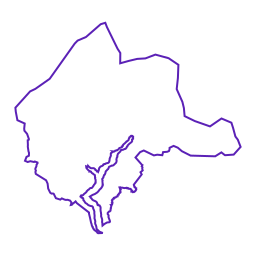 the district of Luster nor, Sogn og Fjordane, Norway
{"feature_id": "86288312B33434910544397", "entity_name": "Luster nor", "entity_type": "district", "adm_level": 2, "iso_a3": "NOR", "parent_name": "Norway", "parent_adm1": "Sogn og Fjordane", "projection": "albers", "projection_center": [7.392, 61.52], "detail": "fine", "context": "isolated", "style": "outline", "palette": "violet", "viewbox_px": 256, "rotation_deg": 0, "n_neighbors": 0, "source": "geoboundaries", "source_scale": "gbopen_adm2", "svg_char_len": 5804}
<svg xmlns="http://www.w3.org/2000/svg" viewBox="0 0 256 256"><path d="M102.8,233.0L99.5,231.7L96.7,229.0L96.5,228.6L96.4,227.1L95.9,225.2L95.4,224.4L95.1,222.9L95.3,221.7L95.1,220.3L94.5,218.4L94.6,215.6L94.3,213.1L94.4,211.8L94.0,210.3L93.2,208.6L93.0,207.2L92.2,206.3L90.3,205.9L88.3,205.1L86.9,203.8L85.7,203.1L85.3,202.8L84.2,201.0L83.4,200.2L83.4,199.2L83.1,198.2L82.8,198.0L82.3,198.1L81.6,197.2L81.2,197.3L81.0,197.0L81.1,196.9L81.1,196.7L80.5,196.5L80.6,196.2L81.1,195.4L81.5,195.3L82.1,195.5L83.2,195.0L84.0,194.0L85.7,192.7L86.4,192.0L86.7,191.2L87.2,190.9L87.8,190.1L89.0,189.4L89.7,188.5L90.6,188.0L91.7,188.0L92.6,187.1L93.0,186.3L93.3,186.1L94.0,184.8L94.9,183.8L95.4,182.8L95.6,182.7L95.4,182.3L95.7,181.2L95.6,180.9L95.6,179.8L95.1,178.6L95.1,177.8L95.2,177.7L95.0,177.3L95.0,176.9L94.9,175.2L94.6,174.8L93.5,174.3L93.0,173.6L92.1,173.2L90.6,171.5L90.3,171.5L90.4,171.4L88.7,170.6L86.7,168.4L86.4,167.7L86.5,167.4L86.3,167.4L86.2,166.5L86.6,166.7L87.3,166.5L87.5,166.8L87.7,166.6L87.7,166.1L88.2,166.1L88.3,166.4L88.3,166.1L89.1,167.0L89.5,167.1L90.4,168.0L91.3,168.2L93.8,168.2L95.1,169.1L95.4,170.0L96.3,170.3L96.9,171.4L97.5,171.2L98.1,171.9L98.9,169.9L98.8,169.5L99.1,168.7L99.1,168.3L100.0,167.1L100.8,166.4L102.0,166.0L103.1,165.3L103.0,165.1L103.4,164.4L104.3,164.0L105.1,164.0L106.0,163.4L108.2,162.9L108.9,162.3L109.3,161.6L109.2,161.2L109.6,160.1L109.6,158.9L110.0,157.7L110.7,156.2L110.9,155.3L110.8,155.2L110.8,154.7L110.8,153.6L111.1,153.3L111.2,152.8L112.0,152.5L112.2,152.0L113.0,151.9L113.3,151.6L113.0,151.4L114.4,151.5L115.3,150.6L115.8,150.7L116.7,150.2L117.1,150.3L118.8,149.0L119.3,148.1L121.9,147.2L122.2,146.5L122.1,146.3L122.8,146.0L123.0,145.5L122.9,145.1L123.4,144.5L125.4,142.8L125.7,142.3L126.5,141.8L126.6,141.4L127.4,141.0L128.4,140.2L128.7,139.7L128.7,139.3L128.8,138.8L129.2,138.3L129.1,138.1L129.4,137.3L130.3,136.8L130.6,136.2L131.1,135.8L132.0,135.8L132.5,136.0L132.7,136.4L132.6,136.6L133.0,136.7L132.9,137.0L133.1,137.3L133.1,137.7L133.1,138.8L132.2,139.3L132.0,139.6L132.2,140.9L131.6,142.0L129.3,143.8L127.8,145.3L127.6,145.5L127.4,146.4L126.9,146.7L126.4,147.9L125.8,148.4L125.5,148.9L124.8,148.9L122.9,149.8L121.0,150.0L120.5,151.0L120.4,151.4L118.2,153.5L117.9,153.9L117.3,155.7L117.4,156.8L116.9,157.4L116.6,158.5L116.5,159.0L116.4,159.8L116.6,160.3L116.5,161.6L116.1,162.7L113.4,165.3L112.0,165.7L111.6,165.6L110.6,166.2L109.2,166.7L108.8,167.3L108.6,168.1L108.1,169.1L107.4,169.5L107.2,169.9L105.8,171.3L105.5,172.2L105.5,172.7L105.2,173.6L104.7,174.7L104.2,174.9L103.4,176.9L103.4,177.5L102.2,179.0L102.3,179.6L102.6,180.4L102.4,180.8L102.6,183.6L102.6,184.3L102.8,184.3L102.9,185.0L102.4,185.7L102.4,186.3L101.8,187.2L101.4,187.6L101.4,187.8L101.1,188.3L99.7,189.5L98.3,191.4L97.2,192.5L94.9,194.0L92.6,194.9L90.2,196.4L90.4,196.5L90.4,197.5L91.5,198.4L92.1,199.4L93.2,200.3L95.6,201.3L96.5,202.0L97.0,202.7L97.6,205.0L98.0,205.2L98.5,204.9L98.9,205.4L99.6,205.5L100.4,206.8L100.6,207.8L100.5,209.7L100.7,211.5L101.0,212.8L101.0,213.6L101.2,214.4L101.1,216.2L102.1,219.1L102.2,220.5L102.1,221.5L102.1,222.2L102.4,223.2L102.4,224.8L102.5,225.6L104.4,224.0L107.0,222.5L109.5,222.2L109.9,221.8L110.0,221.4L109.8,220.6L108.5,217.2L108.5,216.4L108.6,215.9L108.6,215.3L107.7,214.1L107.7,213.0L108.9,211.6L109.8,211.4L110.5,210.7L110.4,210.4L110.9,208.4L110.7,208.1L110.9,207.7L111.2,206.7L111.3,205.7L110.9,205.0L111.8,204.9L112.2,204.2L112.4,203.2L112.0,203.2L111.8,202.9L112.3,202.3L112.3,202.0L112.1,201.7L112.3,200.8L111.9,200.2L112.6,199.3L112.9,199.3L113.2,198.8L113.6,198.6L113.7,198.2L114.1,198.4L114.3,197.9L114.6,197.8L114.7,197.5L115.6,197.5L116.2,197.0L116.3,196.7L117.6,196.4L117.6,195.5L117.7,195.2L118.0,194.8L118.8,194.6L118.8,193.7L119.5,193.0L120.3,192.7L120.5,192.4L120.4,192.2L120.5,191.7L120.1,191.3L120.4,190.6L120.1,190.0L120.3,189.5L120.2,189.2L120.5,189.1L119.8,188.2L119.5,187.4L120.3,187.3L120.7,187.8L122.0,187.6L124.3,188.1L126.0,187.9L126.7,188.2L126.9,187.8L128.1,188.1L128.3,188.6L128.9,188.6L129.1,188.9L130.6,188.9L131.5,190.0L131.3,190.1L131.5,190.7L131.4,191.5L132.3,191.4L132.4,192.0L132.7,192.2L133.2,192.0L133.2,191.8L133.9,192.1L134.6,191.7L134.7,191.3L135.4,191.0L136.3,189.5L136.2,189.0L136.0,188.9L136.1,188.5L135.8,188.5L135.7,187.9L135.1,187.2L134.7,187.3L134.4,187.0L134.3,186.0L134.0,185.7L133.8,184.7L141.7,174.4L140.5,172.2L142.7,170.4L142.2,168.8L142.5,167.3L141.7,166.4L142.4,165.1L142.0,164.9L135.5,157.5L140.1,152.1L143.8,150.5L153.9,155.4L157.2,154.7L162.3,155.2L163.1,152.1L167.1,151.8L168.9,151.1L169.5,149.6L169.6,147.8L173.6,145.9L177.8,147.7L181.9,151.2L190.6,155.6L215.2,156.3L221.4,152.4L224.8,155.1L225.1,155.2L233.7,154.6L240.6,146.9L237.8,139.7L235.4,136.5L233.1,128.0L231.4,122.7L221.5,118.5L210.0,126.4L194.9,121.1L184.6,116.1L183.9,108.1L182.4,101.9L176.7,89.1L177.9,78.0L178.4,64.8L168.6,58.2L155.4,54.6L145.4,58.4L137.2,58.9L128.8,60.9L120.2,63.3L120.3,53.0L117.6,48.8L116.9,47.4L106.9,27.0L105.3,22.8L100.7,24.2L86.0,37.0L77.6,40.6L74.7,43.6L49.7,78.8L35.3,88.9L30.1,91.4L15.4,107.7L15.8,111.8L17.4,120.2L24.7,123.5L24.2,128.6L24.4,130.7L27.1,133.9L28.9,139.1L28.7,139.8L27.7,140.3L27.9,145.1L27.8,146.7L28.5,151.4L29.0,152.8L28.9,155.7L26.5,156.9L25.0,160.8L27.7,162.0L30.3,161.2L34.1,162.0L34.8,161.5L37.5,162.5L37.6,163.1L36.5,164.8L36.5,166.0L35.8,167.7L35.4,168.3L35.4,169.6L35.9,170.6L35.4,172.0L35.8,173.9L46.1,180.3L47.6,183.6L48.2,188.6L50.2,192.7L51.5,193.6L53.0,193.5L53.7,193.8L55.9,198.2L60.3,199.6L61.8,198.4L64.3,199.5L65.7,199.9L67.7,199.8L70.1,200.6L71.5,202.6L70.8,205.0L71.8,204.8L73.0,203.5L73.5,203.2L75.6,201.4L76.8,203.1L89.0,212.5L89.0,213.6L90.0,217.7L91.1,222.9L91.5,223.8L91.9,225.8L92.7,226.8L92.6,227.4L93.5,228.6L93.4,228.8L94.6,230.3L95.5,230.7L97.0,232.1L97.4,232.8L98.1,233.2L102.8,233.0Z" fill="none" stroke="#5b21b6" stroke-width="2"/></svg>